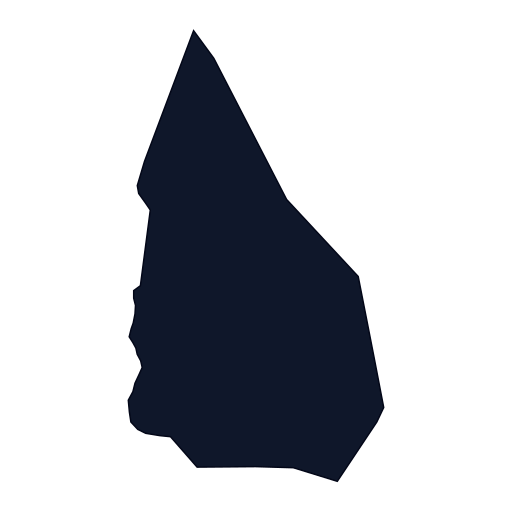 Floresta do Piauí, Piauí, Brazil (Robinson projection)
{"feature_id": "56859067B30804190788438", "entity_name": "Floresta do Piauí", "entity_type": "district", "adm_level": 2, "iso_a3": "BRA", "parent_name": "Brazil", "parent_adm1": "Piauí", "projection": "robinson", "projection_center": [-41.832, -7.451], "detail": "fine", "context": "isolated", "style": "filled", "palette": "ink", "viewbox_px": 512, "rotation_deg": 0, "n_neighbors": 0, "source": "geoboundaries", "source_scale": "gbopen_adm2", "svg_char_len": 622}
<svg xmlns="http://www.w3.org/2000/svg" viewBox="0 0 512 512"><path d="M337.3,481.3L376.8,422.0L383.7,407.5L373.9,356.6L365.6,314.2L358.2,276.5L286.6,199.5L213.8,58.3L193.6,30.7L144.5,161.4L137.3,185.6L138.7,193.5L145.3,202.7L150.3,210.0L140.4,285.7L133.7,290.6L133.7,298.2L135.5,305.4L135.0,313.9L133.2,323.1L131.2,328.7L129.2,336.8L132.9,342.6L135.9,348.1L137.2,354.2L140.7,360.8L142.2,367.5L139.3,374.0L135.0,383.2L132.9,391.7L128.3,400.2L129.4,412.1L130.9,422.0L137.8,429.4L145.7,433.3L159.7,435.6L170.5,436.7L197.1,467.1L255.7,466.6L293.3,467.7L337.3,481.3Z" fill="#0f172a" stroke="#020617" stroke-width="1.5"/></svg>